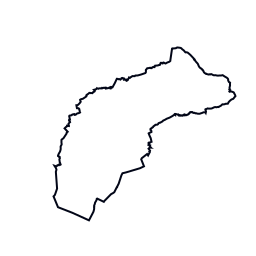 Cleja, Bacau, Romania (Robinson projection), rotated 135°
{"feature_id": "2599482B76086213180522", "entity_name": "Cleja", "entity_type": "district", "adm_level": 2, "iso_a3": "ROU", "parent_name": "Romania", "parent_adm1": "Bacau", "projection": "robinson", "projection_center": [26.881, 46.398], "detail": "fine", "context": "isolated", "style": "outline", "palette": "ink", "viewbox_px": 256, "rotation_deg": 135, "n_neighbors": 0, "source": "geoboundaries", "source_scale": "gbopen_adm2", "svg_char_len": 5678}
<svg xmlns="http://www.w3.org/2000/svg" viewBox="0 0 256 256"><g transform="rotate(135 128 128)"><path d="M233.5,121.5L227.3,107.4L220.9,90.3L211.7,93.2L209.6,94.4L208.4,95.4L208.3,95.7L207.3,96.4L207.2,96.8L206.3,97.3L205.1,97.8L204.1,98.5L201.8,99.1L201.0,99.4L200.2,100.0L199.7,99.9L197.3,92.9L196.6,93.1L186.7,93.2L184.8,92.6L183.1,92.3L178.0,94.0L177.9,93.8L177.6,93.8L176.8,94.3L174.0,95.2L166.1,99.2L163.9,99.9L160.8,98.0L148.0,91.1L143.8,89.6L140.8,96.5L139.6,96.9L132.9,96.1L133.2,94.4L129.4,95.6L129.3,95.9L129.4,96.3L128.4,96.5L128.1,98.8L126.4,98.6L126.1,98.3L126.2,98.7L125.6,98.6L125.6,99.1L125.3,99.8L124.8,100.0L125.2,100.5L124.9,100.8L125.1,100.9L125.0,101.3L125.4,101.6L124.9,102.0L124.4,102.1L124.5,102.4L124.0,103.0L123.7,103.0L122.3,102.0L121.7,101.9L121.1,101.6L119.1,104.8L118.4,106.8L117.2,109.6L116.6,109.5L114.3,108.6L113.6,109.3L113.3,110.4L113.4,110.9L112.6,111.5L111.0,111.1L110.4,111.2L109.8,110.9L108.7,111.2L108.2,111.0L107.5,111.0L107.0,110.8L106.4,110.9L105.9,110.6L105.7,110.3L104.8,109.6L103.9,109.5L103.0,109.8L101.8,109.3L101.4,108.9L100.2,108.7L99.1,108.3L98.0,108.4L95.8,107.6L94.1,107.2L91.2,105.9L87.6,104.9L87.0,104.9L85.9,104.6L85.6,104.7L85.5,104.1L85.1,104.6L84.7,104.6L84.4,104.2L84.6,103.8L84.5,103.7L84.1,103.7L83.3,102.3L82.9,102.1L83.0,101.4L83.3,101.2L83.3,100.9L83.1,100.7L82.2,100.6L82.1,100.4L82.4,99.8L81.8,99.3L81.2,99.1L80.8,98.8L80.9,98.3L79.8,97.9L79.3,98.0L78.6,97.8L78.6,97.5L78.9,97.1L78.5,97.0L78.6,96.8L78.5,96.5L77.9,96.2L77.8,95.9L77.5,95.7L77.2,95.8L76.3,95.1L75.4,95.2L75.2,95.0L74.9,95.3L73.5,95.1L73.1,95.3L72.7,95.2L72.4,94.9L72.4,94.5L71.7,94.3L71.2,93.7L71.2,92.5L70.2,91.7L70.1,91.3L70.0,90.7L69.4,90.3L68.8,89.1L68.2,88.4L67.1,87.3L66.3,87.0L65.3,86.4L63.5,85.7L62.3,84.4L62.2,84.2L62.3,83.8L61.2,84.5L60.8,85.2L60.4,86.2L60.2,86.4L59.9,86.5L59.0,85.9L57.9,85.6L57.3,84.7L55.4,82.9L54.7,82.5L52.4,81.7L51.9,81.4L51.3,80.9L50.9,80.2L49.5,79.3L49.2,78.8L49.0,78.7L48.4,78.7L46.8,78.1L44.5,78.0L43.6,77.0L42.7,76.4L42.0,76.2L40.2,74.6L38.6,75.1L36.9,75.2L34.7,75.0L32.9,74.2L30.9,74.5L29.6,74.5L29.1,75.2L28.8,76.1L28.1,78.3L28.1,78.6L29.0,80.6L30.0,81.6L30.5,81.8L30.5,82.2L28.9,82.6L29.0,83.6L28.4,83.7L28.1,84.3L27.6,84.8L25.8,85.9L24.6,87.2L23.8,87.8L23.8,88.3L24.1,89.0L24.0,89.5L23.6,90.7L22.7,91.7L22.5,92.5L22.6,93.8L23.2,96.0L23.7,98.4L25.2,99.4L25.8,100.1L27.0,101.1L27.8,101.9L28.9,103.6L29.9,104.4L30.3,105.1L31.0,107.2L31.5,107.6L32.2,107.8L32.5,108.5L33.3,108.9L33.5,109.3L34.2,110.6L34.5,110.9L34.4,111.3L34.6,111.5L34.9,112.6L34.9,113.8L34.3,115.1L34.3,116.1L34.1,116.2L34.1,116.5L34.3,116.5L34.1,117.8L34.2,118.5L34.4,118.7L34.4,119.3L34.5,119.6L34.5,120.4L34.1,122.0L33.6,123.1L33.2,124.2L33.1,126.6L32.9,127.9L32.9,129.5L32.4,129.5L32.4,129.8L32.2,135.5L32.4,138.3L32.5,139.2L33.1,140.2L33.8,140.7L33.9,141.0L33.7,143.6L33.8,144.2L34.0,145.4L33.9,146.7L34.4,147.8L36.1,150.0L36.6,150.3L37.0,150.3L37.2,150.5L37.8,150.6L39.5,152.0L39.9,152.5L40.5,152.5L40.5,152.9L40.7,153.0L49.7,146.3L50.7,145.5L51.9,145.6L54.1,146.6L55.7,147.0L56.0,147.3L56.5,149.1L56.8,149.3L57.8,149.1L58.0,149.3L58.1,150.2L58.7,150.9L59.5,150.8L60.2,150.2L60.9,150.1L62.0,150.9L62.5,151.0L64.8,152.9L66.2,152.3L66.6,152.7L66.6,153.1L67.2,153.3L67.4,153.5L67.7,153.7L68.9,153.6L69.0,153.9L69.4,154.2L69.5,154.6L69.9,154.7L70.1,155.2L71.4,156.0L71.9,156.5L72.5,156.7L72.8,156.5L74.2,156.5L74.6,156.2L74.7,155.9L76.1,154.7L76.9,154.6L80.8,156.5L84.0,158.3L85.7,159.9L86.6,159.9L88.2,161.6L89.9,161.9L90.5,162.2L91.2,162.1L91.6,163.0L92.1,162.7L93.4,162.5L93.9,162.1L95.6,162.3L95.7,162.5L95.7,163.3L95.6,163.5L95.1,163.4L95.0,163.5L96.5,164.8L95.9,165.1L95.8,165.5L95.8,165.9L96.3,166.0L96.5,166.3L96.3,166.7L96.6,167.4L97.3,167.8L97.8,167.5L98.7,167.7L99.1,167.6L99.6,168.8L99.9,168.8L100.1,169.0L100.6,170.1L101.1,170.7L105.5,169.1L110.3,167.7L110.7,167.9L110.9,168.4L110.8,168.9L110.9,169.0L111.9,168.2L112.2,168.1L112.5,168.4L112.2,169.0L112.2,169.5L112.5,169.5L112.7,169.8L113.2,169.8L115.4,171.3L115.1,171.5L115.3,171.7L115.1,171.8L115.0,172.0L115.2,172.3L115.7,172.3L115.9,172.8L116.2,172.9L116.5,173.4L117.4,173.9L117.4,174.1L118.1,174.3L118.2,174.7L118.6,174.6L119.4,175.4L119.6,175.8L120.9,176.7L121.3,176.8L121.4,177.2L121.9,177.7L121.9,178.1L122.8,178.0L123.2,178.0L125.1,179.1L125.2,177.7L125.4,177.6L126.0,177.5L127.4,178.0L127.5,177.9L128.5,177.8L128.7,178.2L129.7,179.0L129.8,179.4L130.5,180.2L131.6,180.2L133.5,180.6L133.9,180.4L134.1,180.6L134.4,180.6L135.1,179.8L135.8,179.9L139.3,180.6L140.7,181.5L141.6,181.8L142.0,181.8L142.9,180.0L143.4,179.9L144.8,179.7L146.9,179.7L147.5,179.9L148.4,180.6L150.1,178.1L149.0,176.9L149.0,176.0L149.1,175.7L149.4,175.6L149.9,174.5L150.8,173.4L150.9,172.9L151.1,172.9L152.4,173.4L153.4,174.1L154.4,174.4L155.0,174.3L155.9,174.6L156.2,174.8L156.0,175.1L156.1,175.8L156.7,176.2L156.8,176.0L157.1,176.4L158.2,177.0L158.9,176.9L160.6,178.1L161.2,178.0L162.9,175.3L163.1,175.6L163.4,175.6L164.2,175.3L164.6,174.4L164.5,173.7L164.8,173.1L165.5,173.2L167.1,173.1L167.5,172.8L167.9,171.7L168.4,171.2L169.5,172.7L169.9,172.3L171.3,172.6L173.1,172.6L173.3,168.0L174.3,168.1L174.8,168.0L175.4,167.5L180.9,166.4L182.9,166.7L183.5,166.6L185.4,164.7L186.4,163.4L187.3,163.0L188.4,162.7L188.8,162.5L190.1,161.1L190.9,160.4L192.7,159.4L195.0,158.8L197.0,158.0L197.3,157.7L196.8,156.2L197.2,156.1L197.2,155.5L197.4,154.9L198.0,154.7L199.0,154.1L199.2,153.7L200.6,151.9L200.6,151.6L201.5,149.8L202.0,149.9L202.2,150.3L202.7,150.9L203.2,150.6L204.2,151.6L205.1,151.4L205.9,151.6L206.7,153.3L206.9,152.6L207.1,151.2L207.8,149.5L208.1,149.1L209.9,148.1L210.2,147.8L221.0,135.3L226.1,132.8L227.4,132.3L229.0,132.3L233.5,121.5Z" fill="none" stroke="#020617" stroke-width="2"/></g></svg>